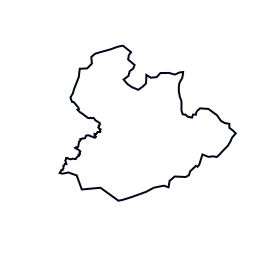 Pelathousa, Paphos, Cyprus, rotated 141°
{"feature_id": "46923920B82267121536699", "entity_name": "Pelathousa", "entity_type": "district", "adm_level": 2, "iso_a3": "CYP", "parent_name": "Cyprus", "parent_adm1": "Paphos", "projection": "equal_earth", "projection_center": [32.477, 35.029], "detail": "fine", "context": "isolated", "style": "outline", "palette": "ink", "viewbox_px": 256, "rotation_deg": 141, "n_neighbors": 0, "source": "geoboundaries", "source_scale": "gbopen_adm2", "svg_char_len": 2398}
<svg xmlns="http://www.w3.org/2000/svg" viewBox="0 0 256 256"><g transform="rotate(141 128 128)"><path d="M206.4,137.2L209.4,136.0L207.6,133.7L202.3,130.9L197.7,123.4L202.6,109.3L187.0,98.9L181.2,77.5L177.3,75.5L170.2,72.6L162.5,69.9L154.1,67.0L145.4,65.3L136.4,60.6L133.8,56.4L129.0,60.7L122.2,60.9L114.0,53.6L110.3,53.0L107.0,55.2L99.9,55.8L99.6,55.8L99.0,55.8L98.3,54.1L95.8,54.6L86.8,60.6L83.7,55.0L79.8,52.5L77.3,49.6L73.9,49.7L69.2,50.5L61.7,51.3L57.0,53.0L53.3,55.0L47.6,56.0L48.1,60.2L49.1,64.4L46.6,67.5L49.6,70.8L51.3,75.1L50.8,82.1L51.7,85.3L53.5,92.2L59.6,97.9L63.3,97.8L65.4,97.0L66.8,95.6L68.9,97.5L71.7,95.8L74.5,99.2L74.8,102.0L76.9,104.2L75.4,108.0L70.4,114.1L69.2,116.0L68.3,119.2L65.3,124.7L62.6,128.0L59.6,130.7L54.3,132.8L51.3,135.4L49.9,136.8L52.9,138.7L57.9,140.0L61.5,145.0L68.2,150.3L73.7,149.5L78.6,152.7L80.3,157.7L83.2,154.3L86.0,151.3L90.4,150.9L96.0,151.2L99.2,157.2L100.8,162.5L100.9,168.4L94.8,168.2L90.9,171.1L86.6,170.9L83.2,172.8L84.8,181.1L81.6,184.0L77.9,185.0L80.1,195.1L84.8,197.6L92.3,200.2L101.4,204.2L106.7,206.4L111.8,206.3L112.2,205.8L115.5,200.8L122.2,200.0L128.2,204.4L134.3,198.5L139.5,195.5L145.4,192.2L148.9,189.7L153.3,188.0L153.3,187.7L154.4,186.3L154.5,185.2L155.0,183.3L154.0,182.6L153.8,181.2L153.8,177.0L153.7,175.3L154.3,173.6L155.7,174.0L155.4,170.5L154.7,168.6L152.7,160.8L151.6,159.8L150.6,159.5L149.9,158.3L148.5,157.6L148.3,156.1L148.6,154.7L146.9,149.9L147.3,148.5L147.9,148.4L148.9,148.4L149.3,148.0L149.3,147.6L149.8,147.2L150.7,147.2L150.8,146.6L150.8,145.5L150.2,144.3L151.2,143.9L151.7,142.5L152.5,142.5L153.2,143.3L154.2,144.0L156.4,143.3L157.1,143.9L157.7,144.5L158.4,143.6L158.3,142.5L158.4,141.4L159.4,141.2L160.3,141.7L160.7,143.1L161.9,144.6L162.9,146.7L164.7,148.2L165.6,148.4L166.7,147.7L167.6,147.2L169.0,147.7L170.1,148.7L171.1,148.6L172.0,149.4L173.3,148.1L174.5,148.3L177.9,145.3L179.0,144.7L180.0,145.5L181.6,145.9L181.4,144.9L181.1,144.4L180.7,143.9L179.8,140.6L179.9,139.7L180.9,139.6L181.1,138.9L181.7,138.0L183.1,138.4L183.4,137.2L185.2,137.6L185.6,137.4L186.4,137.3L186.8,137.3L187.6,136.8L188.5,136.9L189.9,138.6L190.6,139.1L191.7,139.5L192.3,139.8L192.9,140.4L193.8,142.1L193.8,142.8L195.0,143.6L196.0,142.5L197.1,142.3L198.5,138.9L199.3,139.8L199.8,139.9L200.1,139.7L200.6,139.3L201.3,139.0L201.9,139.3L203.8,137.1L205.4,136.5L206.4,136.9L206.4,137.2Z" fill="none" stroke="#020617" stroke-width="2"/></g></svg>